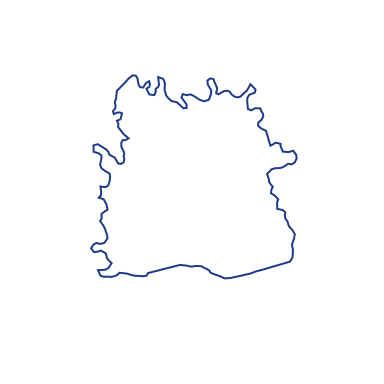 Davinópolis, Goiás, Brazil, rotated 126°
{"feature_id": "56859067B54899657336116", "entity_name": "Davinópolis", "entity_type": "district", "adm_level": 2, "iso_a3": "BRA", "parent_name": "Brazil", "parent_adm1": "Goiás", "projection": "robinson", "projection_center": [-47.577, -18.114], "detail": "fine", "context": "isolated", "style": "outline", "palette": "blue", "viewbox_px": 384, "rotation_deg": 126, "n_neighbors": 0, "source": "geoboundaries", "source_scale": "gbopen_adm2", "svg_char_len": 2982}
<svg xmlns="http://www.w3.org/2000/svg" viewBox="0 0 384 384"><g transform="rotate(126 192 192)"><path d="M296.9,240.6L298.2,235.9L295.5,233.0L293.0,231.4L292.3,225.6L295.6,221.8L296.3,219.3L296.7,215.3L302.4,214.9L305.5,216.2L308.7,219.8L310.4,222.1L313.5,216.9L312.5,213.6L310.4,211.0L308.1,207.3L304.6,204.5L302.3,203.5L300.0,203.2L297.7,199.3L296.3,196.7L294.8,192.4L293.6,189.4L291.5,186.2L289.1,182.3L286.3,179.5L283.5,180.0L258.1,158.9L254.7,153.1L253.2,149.4L251.2,147.0L249.2,144.9L246.6,140.9L246.2,137.7L245.5,134.6L245.4,131.9L246.4,129.4L245.1,124.5L243.4,118.7L242.8,114.9L238.9,110.3L235.6,107.4L232.9,104.9L229.4,101.9L223.5,96.7L218.8,93.7L214.2,89.9L190.8,71.8L185.9,72.2L183.1,73.9L179.2,76.5L176.5,79.7L174.1,80.8L169.9,82.0L165.7,84.0L163.6,88.8L163.0,92.6L161.7,95.0L159.5,97.7L158.7,100.9L156.1,103.4L153.6,104.6L153.3,108.0L155.5,113.2L153.0,115.0L150.5,117.0L147.2,117.9L146.2,123.1L146.6,127.3L143.7,129.0L140.2,129.8L139.6,132.7L138.4,135.7L136.4,137.4L135.0,139.5L133.2,141.9L129.8,141.3L126.9,141.0L123.8,138.6L120.9,134.9L118.5,133.0L115.7,131.9L112.7,130.8L111.0,127.6L107.7,126.3L103.5,127.0L100.7,129.5L99.2,134.4L103.0,137.4L105.9,142.2L103.0,147.2L101.0,148.6L102.9,153.3L105.7,154.4L108.5,155.8L99.0,168.0L99.9,173.1L99.6,177.4L97.0,179.2L93.4,178.3L89.1,178.6L86.9,180.8L85.8,183.6L84.2,185.8L87.2,190.3L91.1,192.0L91.9,195.6L86.3,200.6L83.1,202.6L79.8,202.8L77.1,201.2L74.7,199.6L71.7,200.9L70.5,208.0L77.5,207.2L86.6,209.0L88.8,211.0L89.9,213.9L89.7,217.6L88.7,220.2L89.2,222.9L91.7,225.5L97.3,227.9L97.9,230.5L93.2,232.6L90.0,238.2L88.0,241.1L89.5,244.1L92.8,245.0L95.7,242.5L98.6,236.1L101.6,234.2L107.5,232.6L111.6,235.6L112.9,240.2L113.3,247.4L114.0,250.8L116.8,253.2L118.2,257.0L121.7,256.1L122.8,252.7L124.3,248.0L127.2,245.7L129.3,248.2L128.3,257.0L130.4,262.1L130.1,265.7L129.2,269.4L125.4,274.3L119.7,278.0L117.4,281.8L118.9,286.9L124.8,281.6L127.2,281.2L129.9,282.0L132.2,280.2L135.8,279.5L138.2,283.9L135.1,289.6L131.9,288.3L129.2,289.6L127.5,291.8L131.2,293.3L136.1,292.9L137.7,295.6L136.2,298.8L132.2,302.8L130.9,305.9L132.6,308.6L136.8,309.9L143.5,310.6L154.3,312.2L159.0,309.6L161.0,308.3L164.7,307.3L167.0,304.6L169.8,303.2L173.1,303.4L174.9,301.0L172.3,299.6L170.2,297.4L169.5,294.8L172.4,293.8L175.2,292.6L178.5,294.6L179.8,291.9L182.9,289.9L185.4,281.4L185.8,274.9L189.3,276.4L190.7,278.6L193.9,278.1L197.1,275.5L199.1,271.5L200.9,269.3L203.3,268.3L205.0,266.3L208.2,264.7L211.1,266.0L212.3,268.4L209.6,274.7L210.4,280.9L208.7,283.1L208.0,286.6L208.7,296.3L212.2,299.1L217.3,295.2L215.5,290.2L215.6,287.0L217.4,285.3L224.0,282.4L226.0,279.2L226.1,274.9L225.5,269.6L227.7,267.3L231.5,265.1L235.9,263.6L238.9,264.8L241.4,269.3L244.8,265.9L248.1,263.7L251.4,264.1L249.8,259.3L252.4,253.7L256.1,249.8L258.4,251.0L263.0,252.3L266.8,249.4L269.5,249.3L271.5,243.4L273.1,240.6L277.0,235.1L279.2,233.2L284.4,232.9L286.5,234.3L288.3,236.3L289.3,239.2L292.1,240.8L296.9,240.6Z" fill="none" stroke="#1e3a8a" stroke-width="2"/></g></svg>